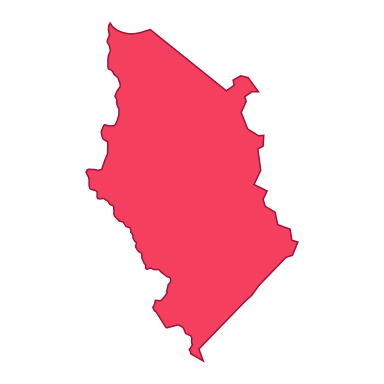 outline of Wayne, West Virginia, United States of America
{"feature_id": "52423323B4598026966549", "entity_name": "Wayne", "entity_type": "district", "adm_level": 2, "iso_a3": "USA", "parent_name": "United States of America", "parent_adm1": "West Virginia", "projection": "natural_earth1", "projection_center": [-82.507, 38.132], "detail": "fine", "context": "isolated", "style": "filled", "palette": "rose", "viewbox_px": 384, "rotation_deg": 0, "n_neighbors": 0, "source": "geoboundaries", "source_scale": "gbopen_adm2", "svg_char_len": 2616}
<svg xmlns="http://www.w3.org/2000/svg" viewBox="0 0 384 384"><path d="M190.7,353.8L203.3,361.0L198.9,349.0L244.5,301.9L251.8,295.2L259.4,284.9L286.1,257.3L292.5,255.3L297.9,242.0L291.8,240.2L290.1,229.2L277.7,224.6L275.1,212.3L265.2,206.3L263.1,199.4L267.1,191.0L254.1,184.5L260.7,170.2L257.8,149.1L263.1,146.2L263.8,135.3L258.7,135.9L247.6,128.9L241.2,112.5L246.2,101.2L244.7,96.8L251.9,91.7L258.5,91.8L248.1,77.6L240.6,75.8L233.1,80.2L234.1,85.4L227.4,90.0L226.4,90.8L175.1,49.6L158.3,36.1L150.3,29.5L140.1,32.7L135.1,33.6L130.6,33.9L128.8,33.7L125.5,33.2L121.4,32.1L117.8,30.6L116.5,29.8L112.6,26.7L110.1,23.0L108.8,25.4L108.5,28.2L108.5,30.0L109.4,35.0L108.1,38.6L107.5,39.7L107.2,41.4L107.4,42.3L109.3,45.8L109.5,46.7L110.4,50.3L109.9,52.2L108.7,54.8L108.3,56.3L107.9,60.3L108.0,67.9L108.7,69.1L110.6,69.8L111.9,70.6L112.7,71.6L113.9,74.2L117.9,77.6L118.3,78.8L119.9,83.1L120.2,84.9L120.2,86.1L119.8,87.1L117.2,90.9L115.8,93.8L115.0,95.9L115.1,96.7L116.6,98.9L116.7,102.8L117.0,104.7L118.0,107.2L119.0,108.8L118.9,115.1L117.2,120.4L115.6,124.0L114.6,125.3L113.6,125.8L109.4,125.9L105.1,124.8L104.9,124.8L104.6,124.8L103.7,125.6L101.3,131.3L101.2,132.2L102.2,136.8L102.9,138.6L104.4,140.0L106.9,141.3L107.8,142.2L107.6,151.8L107.4,154.0L105.1,159.6L101.8,169.0L100.8,169.7L98.0,170.4L95.2,169.6L88.8,169.2L86.9,170.1L86.1,172.5L88.8,177.6L89.1,180.3L89.1,185.3L89.6,187.9L90.0,188.6L91.0,189.3L94.8,190.4L96.7,191.2L97.1,192.0L97.1,197.1L97.5,198.2L97.9,198.6L99.5,198.9L104.0,198.5L105.8,200.0L107.0,200.6L108.0,201.4L110.0,204.4L110.9,204.9L112.8,205.5L113.7,206.6L114.0,211.8L113.8,214.0L114.5,216.1L119.2,221.1L123.1,222.0L126.0,226.5L129.9,227.7L130.6,229.0L130.7,232.2L131.7,233.4L132.9,234.9L132.9,237.4L133.3,238.6L134.5,240.8L136.4,242.7L136.3,244.1L135.6,245.8L135.8,247.2L137.5,250.2L139.6,252.2L141.2,252.9L141.8,253.6L141.8,257.6L143.3,261.5L144.6,264.0L145.6,264.8L145.7,266.0L145.5,267.6L145.7,268.3L146.4,269.1L147.6,269.2L149.3,268.3L150.5,268.1L153.9,269.5L158.6,269.7L159.6,270.0L160.4,271.5L167.1,276.7L169.3,277.4L170.0,277.9L170.6,278.7L170.7,280.5L170.2,282.5L168.2,284.7L166.6,291.9L167.1,292.4L167.1,292.9L165.5,295.3L162.8,298.7L160.8,300.5L159.5,300.9L156.1,300.2L155.4,300.3L155.1,300.8L155.1,302.3L153.7,306.1L152.9,307.1L153.0,308.0L154.7,310.9L155.8,311.6L159.3,316.8L159.7,317.5L165.8,327.2L166.7,327.8L167.3,327.7L178.4,324.8L182.6,327.2L183.9,329.1L185.6,333.3L187.1,334.2L190.6,335.7L191.4,336.8L191.7,337.8L191.6,341.9L191.9,343.5L192.4,344.5L190.3,348.4L189.4,348.9L189.3,349.7L189.7,350.5L190.4,351.1L190.7,353.8Z" fill="#f43f5e" stroke="#9f1239" stroke-width="1.5"/></svg>